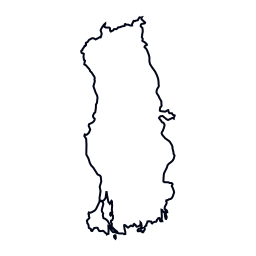 outline of Turkey, rotated 266°
{"feature_id": "TUR", "entity_name": "Turkey", "entity_type": "country or territory", "adm_level": 0, "iso_a3": "TUR", "parent_name": "Asia", "parent_adm1": "", "projection": "orthographic", "projection_center": [34.29, 38.962], "detail": "fine", "context": "isolated", "style": "outline", "palette": "ink", "viewbox_px": 256, "rotation_deg": 266, "n_neighbors": 0, "source": "natural_earth", "source_scale": "50m", "svg_char_len": 5762}
<svg xmlns="http://www.w3.org/2000/svg" viewBox="0 0 256 256"><g transform="rotate(266 128 128)"><path d="M194.5,88.8L196.7,89.3L197.6,89.7L198.1,89.8L199.1,88.8L202.3,88.6L205.1,89.1L205.5,88.6L206.0,87.2L206.4,86.9L207.3,86.7L208.0,86.7L208.4,86.9L208.9,87.9L209.9,88.2L211.7,89.7L212.8,90.3L213.0,90.6L212.7,90.9L212.9,91.3L213.5,91.8L214.4,92.0L215.2,91.8L215.7,91.9L216.1,92.2L216.2,92.9L216.5,93.5L217.3,94.3L218.1,94.8L218.6,95.3L219.5,97.2L220.0,98.3L220.0,99.3L219.6,100.5L218.6,101.9L219.3,103.2L219.3,103.7L220.2,105.4L220.7,106.4L220.4,106.7L220.3,107.0L221.7,107.7L223.5,108.2L224.2,108.3L226.1,107.8L227.3,107.5L228.6,108.1L230.6,109.4L232.8,111.3L233.8,112.6L233.5,112.6L231.1,111.2L230.4,111.8L229.8,112.8L229.4,116.5L228.9,116.9L226.5,117.0L225.6,117.3L225.4,117.6L225.9,118.5L226.3,119.8L226.8,120.3L227.5,120.8L227.6,122.1L227.4,123.0L227.8,123.9L228.6,124.9L229.1,125.2L229.1,127.2L229.5,128.1L229.8,129.2L230.0,131.3L230.1,131.8L230.4,131.9L231.6,132.0L231.9,132.3L231.9,132.6L231.2,133.6L231.1,135.2L230.9,135.8L230.3,136.9L230.0,138.0L229.9,138.9L230.0,139.3L231.3,139.2L232.1,139.8L234.1,140.8L234.5,141.3L234.1,142.1L234.1,142.4L234.4,142.8L234.6,143.5L234.8,145.3L236.5,146.3L237.5,147.1L237.6,147.4L237.2,148.3L237.4,149.4L237.0,149.1L235.5,149.1L233.4,151.1L232.1,152.4L231.7,152.4L231.3,152.0L231.1,151.4L230.9,149.2L230.6,148.5L230.2,148.1L229.7,147.9L228.5,147.8L227.7,148.6L226.6,149.4L224.7,149.5L222.8,149.4L220.3,148.6L219.8,148.7L217.8,148.1L216.0,148.9L215.2,148.8L214.1,148.4L213.7,148.6L212.6,150.4L210.7,152.3L209.6,152.7L208.9,151.0L208.3,150.3L207.5,150.1L207.2,150.3L206.0,151.6L204.0,152.5L199.8,153.8L196.9,154.3L193.3,154.0L191.6,154.2L190.3,154.4L187.4,155.9L182.5,158.9L178.7,160.5L174.9,161.5L172.0,161.7L169.6,161.6L167.9,161.7L167.0,161.4L165.7,160.4L164.0,159.4L162.4,159.0L161.0,159.0L157.8,160.7L155.6,161.5L152.3,163.1L149.3,163.0L147.9,163.1L146.9,162.4L146.4,161.6L144.4,161.1L143.1,161.0L142.7,161.4L142.4,162.5L141.7,166.2L143.0,169.0L143.0,169.4L141.1,169.7L140.5,169.9L139.9,170.4L139.6,172.9L138.5,173.4L137.9,173.9L137.4,175.4L137.1,175.5L135.1,174.4L134.2,174.3L135.0,173.1L133.2,168.5L134.0,167.1L135.7,165.3L137.6,163.3L137.4,161.1L136.9,160.5L135.8,159.6L134.2,160.6L133.0,161.6L132.2,161.8L131.3,162.4L130.9,163.5L129.9,164.3L128.2,164.7L125.6,163.8L122.8,162.5L121.3,161.4L120.0,161.2L118.8,161.7L115.2,164.3L112.0,168.2L111.1,168.9L108.0,170.5L106.0,171.1L105.0,170.9L101.0,171.6L98.9,171.7L97.3,172.5L94.2,171.5L92.4,170.3L91.3,169.0L89.5,166.3L88.3,165.0L85.4,163.8L80.5,160.9L79.2,160.5L75.8,160.0L72.2,159.6L71.4,160.6L71.0,164.6L70.3,165.6L70.0,167.7L69.5,168.3L68.8,168.6L67.7,167.9L67.0,167.6L65.2,168.4L61.7,169.4L60.5,169.5L56.5,167.8L55.1,166.8L54.2,165.6L54.0,163.8L53.4,162.8L53.2,161.2L52.4,160.9L51.5,161.4L50.6,161.3L49.4,160.9L46.8,159.2L44.7,158.9L43.3,160.7L42.2,161.2L41.2,161.3L41.1,160.8L42.0,159.7L38.7,159.7L36.9,160.4L35.6,160.2L34.6,159.7L34.8,159.2L35.8,159.1L36.7,158.8L40.3,158.7L41.2,158.4L42.2,157.2L43.9,156.2L44.1,155.7L37.4,155.6L33.7,155.1L33.2,155.6L32.6,155.7L32.6,154.1L33.2,153.5L34.0,153.6L36.0,153.1L35.9,151.9L34.6,150.9L34.4,150.4L33.4,150.2L32.6,149.6L32.5,148.0L32.0,146.3L31.1,145.5L31.3,145.0L33.0,144.6L33.5,142.4L33.4,140.9L32.5,140.7L30.2,139.4L29.4,139.5L28.7,138.2L27.3,137.2L26.6,137.4L26.1,137.8L25.5,137.6L24.4,136.7L23.4,136.2L22.9,135.6L23.6,134.3L24.5,134.4L24.7,133.4L24.2,131.5L24.4,130.6L25.1,130.4L25.9,130.7L26.7,131.8L26.8,132.9L26.6,133.9L27.0,134.9L27.4,135.2L27.7,134.2L28.1,134.0L28.5,134.5L29.6,134.8L32.3,134.4L32.9,133.9L30.9,133.8L30.2,133.2L29.5,132.1L29.1,131.0L28.9,129.8L29.2,129.4L30.6,128.9L31.9,127.4L31.5,126.9L30.9,126.6L30.3,126.7L29.7,126.1L29.7,125.3L30.3,124.7L30.4,123.9L28.6,121.1L29.0,120.5L30.3,119.4L31.5,118.0L31.4,117.5L30.6,117.3L26.7,117.6L25.2,118.0L22.5,118.0L22.3,117.2L22.5,116.5L23.2,115.3L23.4,112.1L23.9,110.4L25.4,110.0L27.5,107.6L30.7,104.9L33.7,105.2L35.0,104.5L36.8,104.6L37.2,105.8L38.8,106.7L41.6,106.8L43.0,106.1L41.8,104.6L42.3,104.2L43.4,104.2L44.7,104.7L44.7,105.0L44.3,105.4L43.9,106.2L44.3,106.4L47.9,106.2L51.7,106.8L52.9,106.7L55.9,106.9L56.5,106.4L55.6,105.7L54.8,105.4L53.6,104.6L55.6,103.3L56.7,103.1L61.8,102.5L65.6,102.2L65.6,101.9L60.3,100.9L59.1,100.3L57.6,98.9L56.9,97.8L57.6,95.3L58.2,94.7L60.2,94.7L66.7,96.2L71.4,95.7L76.5,97.6L81.5,97.4L82.5,96.7L83.8,94.4L90.9,90.6L93.3,88.6L95.9,87.5L100.4,86.4L104.1,84.7L105.2,84.6L114.1,85.4L120.2,85.5L123.0,83.9L124.6,84.4L124.4,85.0L124.1,85.5L124.2,86.4L125.2,87.8L126.2,88.8L129.1,90.2L133.0,88.9L134.5,89.4L136.0,93.1L137.1,94.4L138.5,95.3L139.7,95.4L140.5,94.5L141.2,94.1L142.6,93.9L145.0,95.1L145.9,96.4L150.0,97.3L153.7,97.7L155.3,98.8L160.6,99.7L162.6,99.4L165.8,98.1L172.1,96.4L176.4,98.0L177.5,98.2L178.5,97.9L180.0,98.3L181.5,98.0L186.0,95.5L187.3,94.2L188.9,93.8L190.2,92.9L193.6,90.3L194.5,88.8ZM46.5,83.0L46.1,84.6L46.7,86.5L48.1,89.2L49.6,90.6L56.0,94.2L57.2,94.5L56.9,95.8L56.4,97.0L55.9,97.7L53.9,98.1L48.7,96.3L47.3,96.1L46.3,96.3L44.5,97.3L42.6,96.8L39.8,97.2L38.9,99.1L36.8,101.2L33.5,102.7L31.2,103.5L27.5,106.7L25.8,108.6L24.3,109.2L24.6,108.2L25.1,107.4L25.1,106.7L25.2,105.7L26.4,104.7L27.5,104.0L30.6,102.8L31.5,101.6L29.2,101.5L26.7,101.5L25.2,101.2L23.9,101.2L23.3,99.4L24.1,99.2L25.0,98.1L26.9,96.4L27.2,95.8L27.2,95.2L27.0,94.8L27.0,94.3L27.2,92.2L29.6,90.9L30.4,90.8L30.7,90.1L30.7,88.5L30.5,87.2L30.1,87.0L29.6,86.6L28.7,85.6L27.8,85.2L27.8,84.8L27.9,84.4L28.3,84.0L30.0,83.8L30.2,83.5L30.9,82.1L31.3,81.9L33.3,81.9L34.3,81.7L35.2,81.3L35.7,80.8L37.7,80.7L38.3,80.5L38.8,80.8L40.6,82.9L41.3,83.3L42.7,82.8L44.2,83.0L44.6,82.6L45.1,82.6L46.5,83.0ZM21.8,108.0L19.2,108.2L18.4,107.7L19.3,106.9L20.8,106.5L21.3,106.5L21.9,107.4L21.8,108.0Z" fill="none" stroke="#020617" stroke-width="2"/></g></svg>